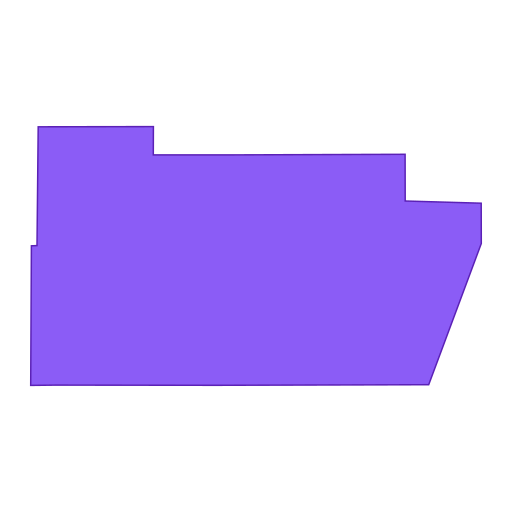 Pershing, Nevada, United States of America
{"feature_id": "52423323B94206551608777", "entity_name": "Pershing", "entity_type": "district", "adm_level": 2, "iso_a3": "USA", "parent_name": "United States of America", "parent_adm1": "Nevada", "projection": "robinson", "projection_center": [-118.513, 40.48], "detail": "fine", "context": "isolated", "style": "filled", "palette": "violet", "viewbox_px": 512, "rotation_deg": 0, "n_neighbors": 0, "source": "geoboundaries", "source_scale": "gbopen_adm2", "svg_char_len": 306}
<svg xmlns="http://www.w3.org/2000/svg" viewBox="0 0 512 512"><path d="M56.0,385.1L216.3,385.3L428.7,384.7L481.3,243.5L481.2,203.2L405.2,201.0L405.1,154.3L230.1,154.9L153.3,154.9L153.4,126.6L38.2,126.8L37.0,245.6L31.4,245.8L30.7,385.4L56.0,385.1Z" fill="#8b5cf6" stroke="#5b21b6" stroke-width="1.5"/></svg>